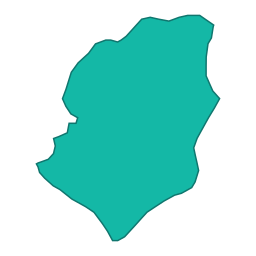 Sijung, Chagang-do, North Korea
{"feature_id": "82179303B78887339067777", "entity_name": "Sijung", "entity_type": "district", "adm_level": 2, "iso_a3": "PRK", "parent_name": "North Korea", "parent_adm1": "Chagang-do", "projection": "orthographic", "projection_center": [126.385, 41.005], "detail": "fine", "context": "isolated", "style": "filled", "palette": "teal", "viewbox_px": 256, "rotation_deg": 0, "n_neighbors": 0, "source": "geoboundaries", "source_scale": "gbopen_adm2", "svg_char_len": 986}
<svg xmlns="http://www.w3.org/2000/svg" viewBox="0 0 256 256"><path d="M213.7,25.1L199.7,15.4L187.7,15.4L179.2,17.3L168.9,21.1L158.7,19.2L150.2,17.3L141.7,19.2L134.8,26.8L126.2,36.3L121.1,40.1L117.6,42.0L110.8,40.1L105.7,40.1L95.5,43.9L88.6,53.3L78.2,62.8L71.3,72.3L66.0,89.3L62.5,98.7L65.9,106.3L70.9,113.9L77.7,117.7L76.0,123.3L69.1,123.3L67.3,132.8L58.8,136.6L53.6,138.5L55.3,146.0L53.5,153.6L48.3,159.3L43.1,161.2L38.0,163.0L36.4,163.9L38.0,166.8L39.6,172.5L44.7,178.2L53.2,185.8L60.0,189.6L71.8,199.0L85.5,206.6L94.0,212.3L102.4,223.6L107.5,231.2L112.6,240.6L117.7,240.6L124.6,236.8L131.5,229.3L136.7,223.6L141.8,217.9L147.0,212.2L155.6,206.5L163.1,201.6L164.2,200.9L174.5,195.2L181.4,193.3L191.7,187.6L195.1,181.9L198.6,170.5L197.0,162.9L195.3,155.4L193.7,147.8L197.1,138.3L202.3,128.9L208.5,117.7L214.4,108.0L219.6,98.6L212.8,91.0L209.4,83.4L206.1,75.9L206.1,66.4L206.2,57.0L208.0,43.7L211.4,38.0L213.2,26.7L213.7,25.1Z" fill="#14b8a6" stroke="#0f766e" stroke-width="1.5"/></svg>